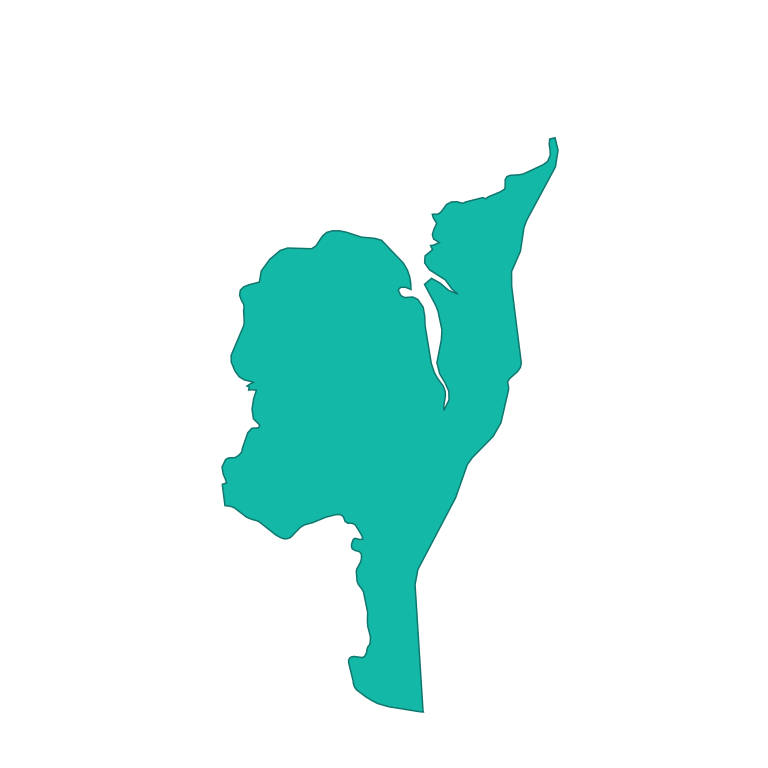 an SVG outline of Cacheu, rotated 114°
{"feature_id": "GNB-771", "entity_name": "Cacheu", "entity_type": "Region", "adm_level": 1, "iso_a3": "GNB", "parent_name": "Guinea-Bissau", "parent_adm1": "", "projection": "robinson", "projection_center": [-16.012, 12.221], "detail": "fine", "context": "isolated", "style": "filled", "palette": "teal", "viewbox_px": 768, "rotation_deg": 114, "n_neighbors": 0, "source": "natural_earth", "source_scale": "10m", "svg_char_len": 3155}
<svg xmlns="http://www.w3.org/2000/svg" viewBox="0 0 768 768"><g transform="rotate(114 384 384)"><path d="M539.5,277.6L554.7,274.0L666.4,215.6L667.6,214.6L668.7,217.5L676.9,248.3L678.5,259.8L678.1,266.7L677.1,273.9L674.5,285.0L672.4,288.1L670.1,290.2L668.0,291.3L653.2,302.8L650.6,304.0L648.2,303.9L646.4,302.6L645.1,300.6L642.7,292.5L640.9,291.0L638.4,290.7L635.8,290.8L633.8,291.5L632.4,291.7L630.3,291.8L628.2,291.1L624.8,291.8L620.4,293.6L612.2,300.1L607.7,302.6L599.2,306.1L582.4,318.1L580.1,321.2L577.6,325.9L575.4,328.2L566.7,333.0L564.2,333.6L555.9,333.0L552.6,333.6L548.6,335.5L547.3,337.8L547.4,340.3L547.9,342.8L547.5,346.0L545.7,347.6L543.3,348.5L540.4,348.8L538.2,348.8L536.7,347.6L535.9,342.7L534.6,340.4L532.2,341.9L529.5,345.4L524.4,352.9L524.1,356.2L525.0,358.6L525.9,360.4L525.4,363.6L521.9,367.0L521.2,369.1L521.3,371.3L522.2,373.4L523.4,375.5L529.5,383.1L539.7,392.8L544.0,398.2L545.7,399.8L547.6,401.2L549.7,402.4L561.6,406.7L563.5,408.1L565.0,410.0L566.1,412.2L566.4,416.1L565.9,421.5L560.6,442.2L560.6,445.2L561.2,448.0L561.5,451.4L561.5,455.6L558.0,470.3L558.1,473.5L558.5,475.8L559.8,479.8L542.0,490.6L541.6,491.0L541.8,491.4L538.6,487.7L536.0,489.6L531.8,494.2L525.7,498.2L517.4,498.0L514.8,496.0L511.8,490.1L508.3,487.7L504.4,486.4L502.6,486.5L500.7,487.2L483.9,488.6L478.2,486.8L475.1,480.8L472.1,480.8L468.9,489.1L460.7,494.3L450.6,497.1L441.6,498.0L442.7,501.6L443.4,503.1L444.6,505.2L443.1,505.6L442.1,505.6L441.5,506.1L441.6,508.3L438.0,506.1L435.6,503.9L435.7,506.2L437.1,513.0L436.3,519.3L432.5,525.8L426.0,532.5L420.0,535.3L387.2,535.9L382.9,537.5L374.1,542.1L370.6,543.1L368.2,544.7L365.4,548.4L361.7,552.0L356.7,553.4L352.4,551.7L348.5,548.0L341.6,539.3L330.7,542.1L316.6,539.1L304.3,533.2L299.0,527.4L289.9,505.2L285.7,502.4L273.8,500.4L268.8,498.0L265.0,493.3L262.2,487.1L260.6,479.9L259.0,464.4L254.7,451.6L253.7,444.6L265.8,415.3L270.4,409.0L275.5,404.2L281.0,400.6L286.7,397.8L286.9,403.8L289.0,408.2L292.4,409.2L296.3,404.7L296.7,400.5L292.8,393.0L293.0,387.5L297.9,379.5L305.5,374.3L313.7,370.4L346.2,349.0L353.4,342.3L356.9,337.6L361.8,329.0L365.8,325.1L369.8,323.1L379.5,320.5L383.9,318.6L372.1,318.1L364.3,321.8L358.2,328.5L352.0,337.3L343.1,344.3L320.3,349.6L311.1,353.0L295.9,364.0L291.5,368.3L276.5,387.5L268.2,383.6L268.9,374.2L272.2,362.9L271.8,353.0L269.6,360.5L263.9,370.5L261.2,388.9L256.9,396.1L250.2,398.6L241.6,394.3L238.6,397.8L237.3,395.6L232.3,390.9L231.4,397.6L227.9,400.6L222.4,401.3L215.7,401.2L214.6,403.1L212.0,406.7L209.3,408.9L208.1,406.6L207.4,404.5L205.5,402.9L203.0,401.7L194.5,399.9L190.3,396.5L187.8,391.5L187.0,385.7L184.2,383.1L173.6,369.6L173.4,366.5L170.3,364.6L160.9,355.7L156.8,353.0L154.7,353.5L148.0,356.4L144.7,356.1L142.1,353.7L138.0,345.8L135.6,342.3L119.2,328.0L114.2,325.1L107.6,325.1L102.6,327.5L98.0,330.5L92.8,332.3L89.5,327.9L99.6,320.1L115.9,315.7L175.9,320.2L184.0,319.8L207.1,313.4L229.4,313.2L242.8,307.1L278.3,285.7L308.8,267.2L313.4,266.1L318.2,267.0L327.7,271.3L331.4,272.0L333.4,271.0L335.4,269.4L338.4,267.9L371.8,261.4L387.5,263.0L415.2,273.3L423.7,275.1L458.8,272.3L463.2,272.6L539.5,277.6Z" fill="#14b8a6" stroke="#0f766e" stroke-width="1.5"/></g></svg>